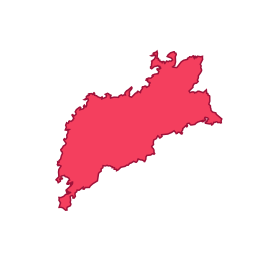 outline of Tatarstan, rotated 324°
{"feature_id": "RUS-2394", "entity_name": "Tatarstan", "entity_type": "Republic", "adm_level": 1, "iso_a3": "RUS", "parent_name": "Russia", "parent_adm1": "", "projection": "robinson", "projection_center": [50.981, 55.323], "detail": "fine", "context": "isolated", "style": "filled", "palette": "rose", "viewbox_px": 256, "rotation_deg": 324, "n_neighbors": 0, "source": "natural_earth", "source_scale": "10m", "svg_char_len": 5812}
<svg xmlns="http://www.w3.org/2000/svg" viewBox="0 0 256 256"><g transform="rotate(324 128 128)"><path d="M212.8,105.9L216.2,107.3L216.6,107.4L217.2,106.6L219.1,106.9L219.7,106.6L221.2,108.0L223.2,107.9L223.5,108.4L222.9,109.0L222.6,110.5L224.2,109.6L224.8,109.7L224.9,110.6L224.4,111.2L225.1,111.4L226.4,110.8L228.7,113.1L230.4,113.8L229.3,115.2L228.8,116.3L223.9,118.9L223.7,120.7L222.2,122.1L222.0,123.6L221.2,124.9L219.4,125.8L215.6,127.1L214.5,128.7L212.3,130.0L212.1,131.6L209.8,132.0L208.4,131.3L207.0,131.2L205.1,132.2L204.4,133.3L199.1,134.0L199.0,135.8L201.1,136.5L202.5,137.6L202.6,138.9L203.5,138.8L204.0,139.4L205.8,139.2L207.0,139.9L209.6,143.6L213.8,143.2L212.0,146.2L212.7,146.8L212.7,147.7L212.3,147.9L212.1,148.6L212.9,149.8L212.8,150.3L209.9,154.4L207.4,156.2L207.7,158.5L206.7,159.9L206.3,161.3L205.5,162.6L205.8,164.8L207.9,167.4L207.5,168.9L209.2,175.8L207.5,176.9L206.6,178.6L205.9,178.4L205.4,177.4L203.8,176.4L203.6,175.3L203.0,174.8L201.4,174.5L200.8,173.9L198.8,174.8L197.5,174.8L197.4,174.4L197.9,173.1L196.3,172.6L193.5,169.7L193.5,169.2L194.1,168.8L195.9,169.1L196.6,168.3L198.4,168.1L198.4,166.6L196.7,164.7L196.1,164.8L195.3,165.6L196.0,166.5L195.6,167.1L192.2,167.0L191.9,166.5L193.1,166.4L193.2,165.9L187.9,164.2L185.7,164.1L184.2,164.4L181.6,163.1L180.5,162.3L180.3,160.1L178.6,159.3L177.7,159.7L177.4,161.2L176.5,161.6L176.1,161.4L176.4,160.4L176.1,160.1L171.9,160.7L171.3,161.6L168.6,162.7L169.1,164.0L168.0,164.5L167.5,163.8L167.2,162.0L166.7,161.4L165.9,160.9L164.7,161.2L163.7,160.9L163.9,159.5L163.6,157.3L160.6,157.2L156.7,156.3L151.3,153.2L150.6,154.8L148.2,154.9L147.7,154.6L147.8,152.7L147.5,151.8L144.6,153.2L141.7,152.8L139.9,154.7L138.9,156.4L136.4,156.8L136.0,158.4L136.3,159.3L136.0,161.1L134.7,163.0L134.5,164.4L133.6,164.5L133.2,163.6L132.6,163.2L130.5,163.2L127.2,161.3L125.6,161.9L124.0,163.8L121.8,165.0L121.4,164.7L121.5,163.8L120.6,162.2L119.4,161.1L118.0,159.0L117.4,159.2L116.8,160.0L114.8,160.6L114.3,160.4L113.0,158.3L109.9,158.1L108.5,157.6L106.2,158.2L105.2,157.3L103.1,157.3L99.2,155.6L95.4,156.1L93.7,155.8L94.4,154.7L92.6,153.2L93.7,152.1L91.9,150.8L92.6,150.2L91.8,149.3L91.3,148.0L89.7,147.0L89.2,145.9L87.4,145.4L85.7,143.8L84.3,145.3L82.3,145.3L80.8,147.2L78.6,147.1L77.3,147.6L72.2,152.8L66.7,152.4L63.5,152.7L61.8,153.4L58.4,151.0L56.6,151.7L55.8,151.1L56.9,149.5L51.9,149.6L50.3,148.3L49.0,149.4L47.2,149.4L46.1,150.5L45.2,152.4L43.1,153.0L42.3,152.2L43.4,150.9L43.2,149.9L42.4,149.5L40.9,149.5L39.2,152.6L37.5,154.2L37.1,156.0L35.7,157.0L32.3,156.4L31.3,157.1L30.4,158.5L29.2,157.8L28.3,154.2L27.2,152.8L25.6,151.7L29.4,148.9L29.7,145.8L30.7,144.9L31.3,143.6L32.9,144.9L35.8,145.5L38.4,145.1L40.6,146.0L40.3,144.8L40.9,143.1L42.1,146.3L43.5,146.5L43.5,146.1L42.4,145.1L41.7,142.2L41.8,141.8L46.4,141.3L48.0,140.6L49.0,138.7L47.9,138.6L47.8,137.8L47.2,137.7L46.8,137.9L46.6,138.4L45.8,137.8L45.7,137.2L49.0,135.6L50.2,135.8L50.7,133.9L49.9,131.9L48.6,130.4L48.7,129.0L46.1,127.8L45.3,127.8L44.6,128.9L45.4,130.1L45.1,130.5L44.4,130.4L43.0,129.2L42.6,129.4L42.6,130.5L42.0,131.3L39.4,131.2L39.9,129.1L39.3,127.8L39.4,127.5L43.5,126.8L45.9,122.8L47.7,120.9L51.2,119.6L51.5,119.0L50.6,118.1L50.4,117.3L49.3,117.4L49.3,116.1L50.5,115.3L51.2,114.1L51.6,114.9L52.1,115.1L52.9,113.9L55.2,113.5L58.1,111.1L59.9,110.2L60.7,108.7L60.4,107.2L60.9,106.0L63.2,105.5L65.1,104.6L67.3,104.8L68.8,104.2L69.0,103.7L69.0,99.9L69.2,99.6L70.2,99.3L70.4,100.1L70.9,100.5L73.0,99.9L74.3,97.7L76.7,96.5L77.9,94.7L79.5,94.7L78.3,93.7L76.9,93.6L76.1,92.7L78.6,91.2L79.2,89.1L81.5,87.7L82.1,89.0L83.2,88.8L83.9,87.9L84.7,87.8L85.8,89.2L88.1,89.2L88.6,88.6L89.6,88.6L89.9,88.3L90.3,84.6L91.2,84.7L91.2,86.0L91.6,86.5L94.0,86.4L94.7,85.4L94.8,83.9L97.1,82.8L101.0,82.7L101.7,83.2L101.7,83.9L99.9,85.0L102.9,86.1L103.8,86.0L104.5,85.4L104.8,84.2L106.2,83.8L106.3,84.5L105.7,85.6L106.6,86.2L107.9,85.4L109.4,83.4L112.2,82.3L112.8,80.6L109.9,80.0L109.3,79.3L111.8,79.5L112.8,78.1L114.2,78.0L114.8,78.5L115.8,78.7L116.5,78.2L116.1,77.4L116.6,77.4L118.9,78.9L119.3,80.4L119.9,80.5L120.5,79.6L121.2,79.5L121.3,80.2L120.3,82.0L121.6,83.5L121.7,84.6L123.0,86.8L123.7,87.5L125.3,87.6L125.1,88.2L124.1,89.1L128.3,90.2L129.8,89.1L129.4,87.4L131.8,87.9L132.5,89.1L132.3,89.9L133.5,91.4L133.2,92.0L132.1,92.3L131.5,93.5L134.8,94.8L138.3,97.6L139.7,96.9L141.8,97.2L142.2,97.4L142.7,98.7L144.4,98.9L145.3,99.7L145.9,98.0L147.0,97.5L148.8,97.1L150.8,97.3L154.9,96.9L155.0,97.5L154.3,98.4L150.7,99.4L150.2,99.8L149.0,101.7L147.8,102.6L148.0,103.8L149.0,105.2L154.6,104.2L156.2,104.8L156.9,104.0L157.6,104.0L158.9,106.6L160.3,105.4L162.9,104.5L163.4,103.4L164.0,103.2L164.9,103.8L166.5,104.1L167.1,105.0L166.8,105.7L167.0,106.2L170.2,106.2L171.1,104.7L172.3,104.6L172.5,104.2L171.4,102.8L171.2,101.6L171.4,101.1L172.3,100.6L172.4,100.0L171.2,100.5L170.7,100.0L171.8,99.2L174.3,99.8L175.3,100.9L176.2,101.1L178.8,100.9L178.9,100.6L178.3,99.9L179.0,99.6L181.3,100.2L184.3,101.7L186.2,100.3L185.8,97.8L186.1,97.4L186.5,97.2L186.8,97.9L188.1,98.8L189.5,98.9L189.9,97.9L188.9,97.4L189.7,96.6L188.7,95.6L188.8,95.0L186.8,94.5L185.6,93.8L182.0,94.0L181.5,92.8L182.2,91.8L183.6,91.8L183.9,90.9L186.4,88.4L186.4,87.8L189.6,87.8L191.5,87.0L192.9,85.5L192.6,85.0L189.7,83.8L189.2,83.1L191.9,83.7L192.5,83.3L192.2,82.5L192.6,82.3L195.5,83.1L196.6,82.9L195.8,84.8L192.5,88.6L193.5,89.6L192.6,90.9L193.6,91.8L193.0,93.1L194.3,94.2L194.1,95.2L195.5,94.8L196.1,95.3L196.2,95.9L195.6,97.0L195.7,97.4L198.5,96.5L199.6,98.0L201.1,98.2L202.0,99.2L204.1,99.2L204.3,98.6L204.0,96.6L201.7,93.2L203.5,92.4L206.6,92.2L209.8,93.2L210.2,93.5L210.0,94.9L210.7,95.7L210.2,97.0L208.2,98.1L205.3,102.5L202.7,104.7L200.0,104.8L200.2,105.3L202.9,107.7L203.5,107.7L209.9,105.8L212.8,105.9ZM48.9,140.9L50.3,140.5L51.4,139.2L51.0,138.8L50.6,139.0L48.9,140.9Z" fill="#f43f5e" stroke="#9f1239" stroke-width="1.5"/></g></svg>